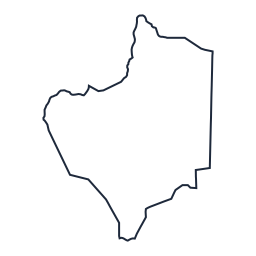 outline of Ribeira do Pombal, Bahia, Brazil
{"feature_id": "56859067B15668826458342", "entity_name": "Ribeira do Pombal", "entity_type": "district", "adm_level": 2, "iso_a3": "BRA", "parent_name": "Brazil", "parent_adm1": "Bahia", "projection": "natural_earth1", "projection_center": [-38.58, -10.794], "detail": "fine", "context": "isolated", "style": "outline", "palette": "slate", "viewbox_px": 256, "rotation_deg": 0, "n_neighbors": 0, "source": "geoboundaries", "source_scale": "gbopen_adm2", "svg_char_len": 2065}
<svg xmlns="http://www.w3.org/2000/svg" viewBox="0 0 256 256"><path d="M60.8,90.6L59.2,91.8L57.9,93.5L56.5,95.0L54.9,95.5L53.3,96.3L51.6,96.8L50.4,97.8L49.5,99.6L49.1,101.2L48.4,102.6L47.4,104.2L46.4,105.4L45.7,107.3L44.6,109.7L44.6,111.6L44.7,114.2L44.5,116.3L43.4,117.9L43.6,119.7L44.7,120.6L46.0,122.4L47.4,124.6L48.0,127.3L48.7,130.4L52.8,139.0L70.0,174.8L79.5,177.2L88.3,179.4L106.0,199.4L108.0,202.9L110.1,206.8L112.4,210.9L119.1,222.8L119.1,234.1L119.1,236.0L119.6,238.3L121.2,237.8L122.5,238.0L123.7,238.5L124.8,239.2L126.5,240.2L127.8,240.6L129.3,239.7L131.1,238.8L132.9,238.4L134.8,238.6L136.8,233.8L141.0,226.0L141.7,224.8L145.9,217.2L145.7,213.6L145.6,211.8L145.9,209.0L147.5,208.0L149.6,207.0L151.1,206.4L157.4,204.0L163.9,201.5L171.3,198.8L174.2,192.6L175.5,190.0L182.5,185.1L187.8,185.1L190.4,187.7L196.3,188.1L196.0,178.3L195.9,176.9L195.8,170.0L200.8,169.3L209.8,168.0L210.6,133.0L210.8,124.4L211.0,117.9L211.4,97.1L211.5,93.0L211.7,86.1L212.1,69.1L212.3,58.5L212.4,55.2L212.6,53.4L212.6,51.4L204.9,49.8L201.1,48.6L184.8,37.8L182.4,37.8L180.6,37.8L167.1,37.8L165.6,37.3L164.1,37.1L162.8,36.8L161.4,36.8L160.2,36.6L158.8,35.8L157.9,34.5L157.3,32.6L156.4,29.9L155.9,28.2L154.7,27.5L153.4,27.4L151.9,26.2L151.5,24.3L149.9,23.5L148.1,22.4L146.4,21.2L146.0,19.3L145.4,17.8L144.5,16.4L142.8,15.4L141.4,15.5L139.7,15.5L138.4,16.2L137.1,17.7L136.9,19.9L137.0,21.5L136.8,23.5L136.5,24.9L136.2,26.7L135.6,28.1L135.0,29.4L134.2,30.9L133.6,32.4L133.6,34.3L134.3,36.8L134.9,39.1L134.8,40.9L134.5,42.3L133.5,44.0L132.6,45.8L132.0,47.5L131.6,49.6L131.7,51.7L131.9,54.3L132.2,56.1L132.6,57.5L131.2,58.6L129.6,59.5L129.2,61.1L128.4,62.6L128.3,64.3L127.3,65.4L127.2,67.3L128.0,69.2L127.8,71.2L127.1,73.2L127.1,75.1L126.1,76.8L124.0,78.2L122.4,80.2L121.1,81.8L103.4,90.4L101.9,90.6L98.4,91.1L88.9,85.8L88.8,87.5L88.4,89.0L87.2,91.1L86.1,92.6L85.0,94.1L83.8,95.3L82.2,95.0L80.7,94.3L78.5,94.0L77.0,94.3L75.2,94.6L73.0,94.8L71.6,94.5L70.5,93.6L69.7,92.2L68.5,91.8L66.6,91.3L65.3,90.6L64.2,90.3L62.4,90.5L60.8,90.6Z" fill="none" stroke="#1e293b" stroke-width="2"/></svg>